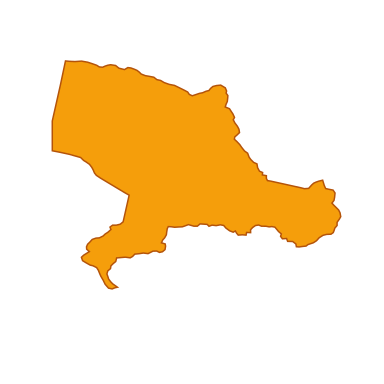 Rio Claro, São Paulo, Brazil, rotated 281°
{"feature_id": "56859067B34756942449847", "entity_name": "Rio Claro", "entity_type": "district", "adm_level": 2, "iso_a3": "BRA", "parent_name": "Brazil", "parent_adm1": "São Paulo", "projection": "equal_earth", "projection_center": [-47.607, -22.398], "detail": "fine", "context": "isolated", "style": "filled", "palette": "amber", "viewbox_px": 384, "rotation_deg": 281, "n_neighbors": 0, "source": "geoboundaries", "source_scale": "gbopen_adm2", "svg_char_len": 3082}
<svg xmlns="http://www.w3.org/2000/svg" viewBox="0 0 384 384"><g transform="rotate(281 192 192)"><path d="M296.5,42.8L271.8,42.4L235.0,41.3L227.8,42.7L205.8,47.0L205.8,54.5L205.6,64.1L204.6,76.1L202.3,79.6L201.3,82.3L199.6,86.1L197.0,89.0L194.8,90.8L192.1,92.6L190.1,94.9L188.1,99.7L178.5,126.1L176.9,130.9L149.6,130.1L146.7,127.7L145.0,124.0L144.3,120.4L141.9,118.2L139.7,119.6L136.4,117.1L134.1,114.7L131.9,113.2L129.3,109.8L128.4,106.5L126.4,103.1L123.1,101.1L120.8,99.5L118.1,98.9L115.8,99.5L113.9,102.6L112.2,100.8L109.3,97.7L106.8,95.9L103.7,97.7L102.4,101.2L100.8,106.0L100.7,108.8L99.6,112.8L97.3,115.0L93.9,117.2L91.8,118.7L88.5,121.6L84.8,124.4L81.7,128.4L81.6,132.1L83.2,134.5L84.3,137.0L86.7,131.7L88.3,129.4L90.6,126.8L93.2,125.4L95.3,124.1L98.5,124.4L101.2,126.6L104.0,126.5L106.8,128.4L109.2,130.4L112.9,130.6L114.0,134.4L115.3,139.0L115.6,143.9L117.4,146.0L120.1,147.7L121.4,152.0L122.8,155.9L123.1,160.6L126.5,165.0L127.3,168.6L126.5,171.6L127.7,174.4L130.3,176.5L133.8,176.4L135.9,175.6L136.3,171.7L139.3,172.4L141.8,173.9L145.1,175.0L148.0,174.8L151.3,174.7L153.5,175.3L153.9,178.2L154.1,181.7L155.1,185.5L156.0,189.2L157.5,191.8L159.3,194.7L158.8,200.4L159.5,203.8L162.2,206.0L162.7,209.8L163.1,213.1L161.6,215.2L163.3,218.0L163.6,222.1L165.2,226.1L165.2,229.5L163.1,232.1L161.1,236.3L160.4,240.1L162.0,242.0L160.2,243.5L158.5,245.6L159.6,249.6L160.0,253.3L162.7,253.3L163.3,257.3L166.1,256.7L168.7,258.3L171.2,260.7L172.3,263.7L171.7,266.7L172.5,271.2L172.5,274.4L173.3,277.0L173.3,280.1L171.2,282.7L169.7,284.5L167.9,287.7L165.4,287.4L163.3,289.7L164.4,293.7L161.8,295.3L162.6,300.3L160.8,303.9L158.2,304.9L158.5,307.6L159.7,311.1L160.7,314.3L162.5,315.8L165.3,320.8L167.9,323.5L171.4,325.6L174.5,328.9L176.1,332.3L177.1,336.5L179.1,338.4L181.2,338.8L183.8,339.1L186.8,340.8L189.9,340.2L193.7,341.9L196.2,342.7L199.8,341.3L202.3,339.4L206.2,333.6L207.8,331.5L210.9,333.0L214.0,333.0L218.3,332.6L220.8,330.1L220.8,325.5L220.9,322.5L223.8,320.5L228.5,318.0L226.8,314.3L225.4,311.9L223.9,309.8L221.8,308.2L217.8,305.8L216.7,301.7L216.9,298.7L217.7,267.3L217.6,263.9L219.5,262.4L222.2,261.9L222.2,257.8L224.6,257.6L225.3,254.3L228.3,251.8L232.0,250.4L232.8,246.9L235.1,243.5L237.1,241.4L240.7,239.2L242.3,235.7L245.5,232.0L247.6,229.9L250.1,226.4L251.9,223.5L254.3,223.5L256.1,225.0L259.4,227.3L262.6,226.1L265.2,224.0L268.0,220.9L270.8,218.7L273.3,219.5L276.5,217.2L278.2,215.5L280.9,212.9L281.8,208.4L284.6,208.7L287.6,209.4L291.1,209.1L293.5,208.8L295.6,206.6L297.7,206.7L300.6,204.8L302.4,199.8L301.2,195.8L299.6,192.4L297.3,190.5L294.8,189.2L293.6,186.6L291.4,183.4L290.3,180.6L288.7,177.8L286.5,173.9L287.3,170.7L289.3,168.7L290.3,165.5L291.2,162.3L293.3,154.5L293.3,149.1L294.1,143.8L295.5,139.9L295.6,136.1L297.4,132.6L297.4,128.0L297.3,124.0L298.1,119.6L299.6,117.4L300.9,114.8L301.5,112.1L302.1,108.4L301.9,105.3L299.3,102.4L299.6,96.6L301.6,92.9L301.4,87.8L300.3,85.0L299.0,82.7L297.4,80.4L297.1,77.1L298.2,74.3L298.9,69.7L299.5,64.9L299.4,58.6L298.6,55.6L297.7,52.2L296.9,46.8L296.5,42.8Z" fill="#f59e0b" stroke="#b45309" stroke-width="1.5"/></g></svg>